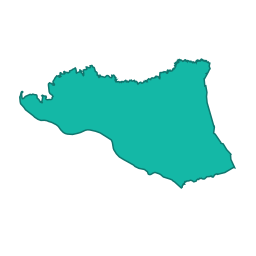 outline of Paso de los Libres, Corrientes, Argentina, rotated 74°
{"feature_id": "61730980B64755596751827", "entity_name": "Paso de los Libres", "entity_type": "district", "adm_level": 2, "iso_a3": "ARG", "parent_name": "Argentina", "parent_adm1": "Corrientes", "projection": "mercator", "projection_center": [-57.461, -29.678], "detail": "fine", "context": "isolated", "style": "filled", "palette": "teal", "viewbox_px": 256, "rotation_deg": 74, "n_neighbors": 0, "source": "geoboundaries", "source_scale": "gbopen_adm2", "svg_char_len": 5544}
<svg xmlns="http://www.w3.org/2000/svg" viewBox="0 0 256 256"><g transform="rotate(74 128 128)"><path d="M62.7,190.4L63.6,192.2L64.5,192.6L71.6,193.8L73.3,193.5L75.7,191.7L77.1,191.4L77.7,192.5L78.9,192.7L79.4,193.8L79.4,194.4L78.9,195.8L78.6,198.0L77.3,199.1L76.1,198.5L76.0,198.1L74.9,198.0L74.6,198.4L74.5,199.2L72.9,201.3L73.3,202.0L74.3,201.3L78.2,203.1L78.8,203.9L79.7,203.4L80.0,203.7L79.0,205.1L78.1,205.1L77.6,205.6L76.5,205.7L74.0,207.1L72.4,206.7L71.3,206.7L70.7,207.3L70.3,208.5L69.2,210.2L69.5,211.4L68.7,212.9L69.4,218.0L70.8,220.2L70.7,221.4L69.6,221.6L66.0,220.9L65.2,220.6L64.7,219.5L64.3,219.2L63.8,219.5L63.7,219.9L64.0,220.5L64.6,221.0L67.6,222.7L68.4,223.5L73.1,224.4L75.1,224.5L79.7,222.3L82.2,221.5L89.8,215.9L91.9,214.7L94.8,212.2L96.7,209.6L97.5,206.3L98.8,203.6L99.7,202.7L101.4,200.0L105.1,196.0L107.3,194.5L111.3,193.1L114.4,191.4L116.0,189.8L117.1,188.0L118.9,183.1L119.2,178.3L119.2,174.9L118.4,169.5L118.6,167.3L119.4,165.1L122.2,160.0L125.0,156.1L134.9,147.3L137.5,147.0L143.6,147.7L145.0,147.6L149.5,146.3L153.4,144.3L156.9,141.1L165.1,132.9L167.0,131.8L169.8,128.6L172.4,123.6L175.4,121.4L177.8,121.2L178.3,120.8L178.8,119.9L178.9,118.9L178.2,116.1L178.1,114.3L180.5,110.8L181.7,109.5L184.8,107.5L188.5,101.9L190.0,100.0L191.3,99.3L192.6,98.1L200.3,93.3L199.8,92.2L198.5,91.7L197.7,90.9L197.8,90.4L197.4,90.1L197.5,89.4L196.9,89.8L196.6,88.9L195.3,88.2L195.2,87.9L195.7,87.4L195.2,86.3L195.6,84.1L195.4,82.4L196.4,80.7L197.8,79.7L197.9,79.3L197.8,77.1L197.0,76.4L196.4,75.2L197.0,74.2L196.1,73.2L196.5,72.4L196.5,71.2L197.3,70.7L198.0,69.0L197.9,68.2L196.6,65.6L197.2,62.7L197.0,61.9L197.3,61.6L197.3,60.8L198.2,60.7L198.6,59.8L198.5,59.4L197.0,57.8L196.5,55.6L196.8,54.9L197.2,54.9L197.5,47.2L195.0,37.4L195.6,36.4L186.5,37.8L182.3,36.9L181.7,36.3L176.1,39.1L169.5,40.9L168.3,42.8L167.4,42.8L158.0,45.9L156.5,47.1L150.9,44.7L149.8,44.7L149.8,45.0L125.5,45.0L119.4,43.9L115.5,42.3L108.8,41.6L108.8,42.6L101.9,41.3L102.0,41.1L97.8,36.9L97.3,37.6L96.8,35.9L94.3,33.7L93.7,32.8L90.9,32.9L88.2,31.5L87.6,32.5L86.8,32.6L87.0,33.2L86.8,33.6L85.2,34.0L85.2,34.5L84.8,34.5L84.8,35.0L84.4,35.3L85.0,35.7L84.6,36.0L84.6,36.5L84.1,36.7L84.0,36.9L83.6,36.9L83.3,37.2L83.5,37.6L82.6,37.8L82.0,38.5L82.2,38.9L82.9,38.4L83.0,39.2L83.2,39.3L83.1,40.4L83.4,40.4L83.2,41.1L82.7,41.0L82.3,41.7L83.0,42.0L82.9,42.5L82.3,42.5L82.6,42.9L82.5,43.1L82.0,42.7L81.9,42.9L82.4,43.9L83.1,43.7L83.1,44.1L83.6,44.3L83.1,44.4L83.2,44.7L83.7,44.7L83.3,45.9L83.5,46.0L82.7,46.8L83.1,47.1L83.2,47.7L82.2,48.0L81.6,49.6L81.1,49.4L81.1,50.6L80.7,51.0L80.5,50.9L79.6,52.0L79.7,52.5L80.3,52.8L79.6,53.0L79.7,53.6L78.7,53.9L79.0,53.4L78.3,54.0L78.3,54.3L79.1,54.4L78.6,55.6L79.0,56.3L79.0,57.0L77.5,58.0L77.3,58.5L77.6,59.1L77.4,59.4L76.8,59.1L76.3,59.7L76.8,60.7L76.3,61.0L76.7,61.4L76.7,61.8L77.7,61.7L77.4,61.3L77.7,60.9L78.8,61.1L79.0,61.9L78.8,62.3L79.2,62.9L78.6,63.1L77.9,63.0L77.9,63.3L78.4,64.4L78.6,63.9L78.4,63.5L78.7,63.4L78.8,64.6L79.4,64.7L79.8,64.2L80.3,64.2L80.6,64.7L80.1,65.1L81.3,65.0L81.1,65.9L82.4,65.7L83.5,66.8L83.6,67.5L84.1,67.7L84.0,68.0L83.4,68.0L83.8,68.8L84.3,68.8L85.0,69.3L85.2,71.0L84.5,72.5L84.3,72.6L84.0,72.0L83.9,72.4L84.3,73.0L83.9,73.1L83.3,74.0L84.0,74.6L84.3,74.6L84.5,74.1L85.8,74.4L86.2,75.1L85.8,75.8L85.5,75.8L85.4,75.5L85.0,75.5L84.2,76.8L84.1,77.6L83.8,77.9L84.3,78.7L83.9,79.6L84.0,80.6L83.6,81.7L83.7,82.0L86.3,83.0L86.7,83.4L87.9,83.2L89.3,83.9L89.1,84.2L87.4,84.6L86.3,85.9L86.3,86.3L86.8,87.1L86.1,87.1L87.1,89.0L87.0,90.2L86.4,91.0L86.6,91.8L86.9,92.4L87.7,92.8L87.6,93.2L86.4,94.5L87.7,97.1L88.8,96.8L88.7,97.3L87.7,97.7L87.2,98.4L88.0,99.0L88.1,99.9L87.9,100.0L88.3,100.3L88.8,101.7L88.8,102.3L88.6,102.6L87.5,103.1L87.6,104.6L88.5,106.3L87.5,106.6L86.6,106.5L85.4,107.3L85.2,107.8L85.6,108.4L85.1,108.8L84.0,108.8L84.2,110.8L83.6,111.6L83.1,111.5L82.8,111.7L83.1,112.4L82.7,113.2L83.1,113.4L83.9,115.0L83.8,115.3L83.3,115.1L83.2,115.6L82.6,116.0L83.1,116.9L81.6,117.1L82.2,119.1L82.5,119.5L81.8,120.6L82.1,121.1L81.6,121.2L81.6,121.5L82.1,121.4L82.4,121.9L81.7,122.9L81.8,123.6L81.4,123.6L80.9,124.1L80.6,125.0L80.8,125.4L80.4,125.9L80.4,126.3L79.9,126.3L80.1,126.9L79.7,127.0L79.6,126.7L79.0,127.0L78.6,126.3L78.6,127.1L78.3,127.2L77.9,126.9L77.6,126.1L76.9,126.1L76.5,126.4L76.5,125.9L76.2,125.8L75.0,126.7L74.6,126.5L73.3,127.1L73.2,127.5L73.5,128.0L72.9,129.1L73.5,129.2L73.7,128.6L75.1,129.9L74.5,131.3L72.4,132.5L72.0,133.0L71.8,134.0L72.9,136.4L71.3,138.9L70.9,140.6L70.2,140.1L69.7,140.3L70.9,141.0L71.4,141.9L70.9,142.1L70.3,141.5L69.4,141.8L69.5,142.3L68.9,142.5L68.7,143.0L66.4,142.5L65.4,142.9L64.8,143.8L64.5,143.8L60.9,143.8L60.2,144.2L59.6,145.1L58.1,145.3L57.9,145.6L57.8,147.3L59.1,147.3L59.6,147.9L59.0,149.6L58.0,150.7L57.9,151.1L57.9,151.4L59.3,151.2L60.3,151.5L60.3,152.2L59.9,153.0L60.2,153.5L60.0,154.1L60.0,154.9L60.8,155.3L62.8,155.4L65.1,156.1L65.3,156.5L63.9,156.9L63.1,156.8L61.9,157.8L60.8,156.9L59.1,158.0L59.0,158.3L60.4,158.6L60.7,158.9L60.7,160.8L61.0,162.3L60.6,162.5L58.7,162.0L56.3,161.9L55.7,162.2L56.2,163.2L56.3,164.8L56.9,166.3L57.0,168.2L57.2,168.5L58.1,168.7L58.5,170.2L58.4,170.6L57.8,171.1L57.4,172.6L56.1,173.6L56.2,174.1L56.6,174.4L57.6,173.8L58.3,173.8L58.5,174.2L57.7,177.0L57.5,177.3L56.4,177.3L56.2,177.8L56.9,178.3L59.1,178.7L59.9,178.3L60.2,179.4L60.2,180.1L59.5,180.2L59.1,179.4L58.7,179.2L58.6,179.8L58.8,181.3L58.2,182.1L59.9,184.5L61.1,185.5L62.1,186.8L63.1,187.5L65.8,186.7L66.3,186.9L66.5,187.2L66.2,188.2L65.0,188.1L64.7,188.4L64.5,189.3L63.6,189.8L63.3,191.0L62.7,190.4Z" fill="#14b8a6" stroke="#0f766e" stroke-width="1.5"/></g></svg>